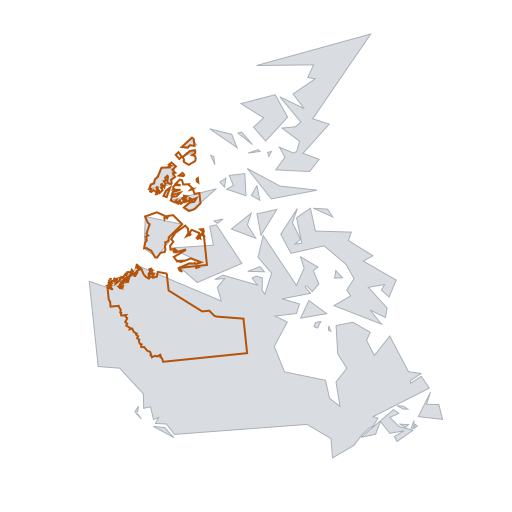 where Northwest Territories sits in Canada, rotated 354°
{"feature_id": "CAN-635", "entity_name": "Northwest Territories", "entity_type": "Territory", "adm_level": 1, "iso_a3": "CAN", "parent_name": "Canada", "parent_adm1": "", "projection": "mercator", "projection_center": [-123.126, 69.383], "detail": "fine", "context": "in_parent", "style": "outline", "palette": "amber", "viewbox_px": 512, "rotation_deg": 354, "n_neighbors": 0, "source": "natural_earth", "source_scale": "10m", "svg_char_len": 9861}
<svg xmlns="http://www.w3.org/2000/svg" viewBox="0 0 512 512"><g transform="rotate(354 256 256)"><path d="M129.6,381.4L108.7,353.3L87.5,349.4L87.5,263.7L109.6,274.1L107.1,269.6L131.5,258.6L119.4,268.0L116.6,272.4L117.5,273.5L137.4,253.3L216.8,297.1L214.2,283.1L222.6,275.1L212.7,275.0L221.0,271.6L254.4,285.1L249.8,277.5L254.6,276.1L260.1,278.6L258.4,290.7L260.8,295.0L269.7,274.8L257.9,257.4L265.3,236.4L293.1,289.5L302.6,273.2L300.2,261.5L316.5,273.5L311.5,276.6L315.6,290.5L308.2,297.3L303.9,291.5L302.7,290.9L301.7,292.1L306.4,298.8L277.5,301.3L294.3,308.3L290.2,317.4L268.8,317.7L280.2,325.0L264.7,347.8L272.2,374.2L312.1,386.9L314.3,405.3L323.8,414.3L322.4,389.6L334.6,377.2L327.0,361.8L328.4,333.5L345.4,332.0L361.6,343.8L357.1,351.5L363.3,367.3L380.7,349.6L395.5,387.0L407.8,390.1L396.4,396.2L396.6,398.7L407.8,392.9L414.5,405.5L355.7,428.0L360.4,430.0L354.7,437.4L351.1,438.7L343.1,444.4L333.5,454.6L311.0,464.8L311.5,445.4L289.2,428.8L156.2,424.9L149.4,413.7L138.5,412.0L142.3,406.4L137.0,408.0L135.3,394.9L128.4,395.8L129.6,381.4ZM296.0,248.2L302.8,248.0L300.4,222.1L315.1,214.2L317.7,237.4L353.3,242.2L349.5,250.3L372.3,268.0L362.2,272.3L392.9,294.6L384.1,310.7L377.2,303.0L380.9,297.8L364.4,298.9L381.0,321.5L378.3,330.7L363.8,321.6L373.7,336.9L328.3,313.5L346.0,305.6L342.7,299.3L351.1,288.7L344.8,273.9L324.8,253.0L291.0,257.0L282.9,236.9L302.1,213.1L295.7,226.6L302.0,244.1L296.0,248.2ZM276.5,66.6L393.3,47.2L326.7,125.5L342.6,132.5L313.4,158.8L328.9,166.5L318.2,177.6L284.6,172.4L295.2,160.8L290.6,150.2L304.1,157.6L307.4,156.3L311.3,146.4L295.2,131.5L308.7,131.6L314.6,127.5L296.4,100.2L319.4,114.5L309.8,98.7L333.3,86.0L326.2,83.9L333.2,71.9L276.5,66.6ZM171.9,239.2L214.7,240.8L213.1,221.5L219.8,220.9L241.2,261.9L194.8,276.2L178.8,259.2L200.1,256.3L171.9,239.2ZM370.6,446.4L362.5,433.6L356.3,445.8L341.5,447.3L376.7,423.2L381.6,427.4L372.2,430.5L380.5,440.5L393.9,445.7L376.9,455.2L374.6,450.0L385.0,445.3L370.6,446.4ZM150.0,205.1L185.7,216.8L157.1,247.2L145.6,236.5L150.0,205.1ZM257.0,102.9L291.9,97.6L302.0,121.2L277.6,142.7L267.0,127.6L278.0,119.4L257.0,102.9ZM256.5,168.1L287.1,188.9L323.6,196.9L277.2,200.8L256.5,168.1ZM177.2,191.6L223.6,185.0L196.7,204.1L189.6,200.5L202.4,192.3L177.2,191.6ZM415.3,409.6L410.1,421.2L422.3,422.9L424.5,438.0L400.7,432.7L415.3,409.6ZM234.3,226.6L255.7,212.9L250.7,224.1L257.6,238.3L234.3,226.6ZM293.8,322.5L304.0,305.9L320.3,320.7L293.8,322.5ZM261.4,214.2L281.6,211.8L263.1,235.9L261.4,214.2ZM185.1,157.7L178.6,175.9L156.9,178.2L171.5,158.7L185.1,157.7ZM253.5,172.9L252.3,195.0L233.9,186.6L240.9,183.5L237.8,173.1L253.5,172.9ZM223.3,124.7L244.6,132.4L248.5,146.3L223.3,124.7ZM136.0,414.7L147.0,417.0L155.4,428.0L136.0,414.7ZM318.0,214.5L332.0,216.9L336.3,225.1L318.0,214.5ZM246.3,270.4L258.8,267.0L262.8,272.6L246.3,270.4ZM264.3,186.2L265.6,201.0L257.7,195.2L264.3,186.2ZM254.7,131.3L264.1,144.8L251.0,131.9L254.7,131.3ZM333.8,278.8L339.7,286.7L331.9,286.2L333.8,278.8ZM197.5,146.1L207.8,145.2L193.7,149.7L197.5,146.1ZM227.1,215.8L221.0,219.5L218.0,216.7L227.1,215.8ZM396.0,436.2L395.1,443.2L396.8,440.1L398.6,442.0L395.3,444.1L392.3,443.4L396.0,436.2ZM203.0,132.3L208.8,139.3L193.7,140.0L203.0,132.3ZM391.0,424.3L386.2,423.5L380.7,419.6L386.9,420.7L391.0,424.3ZM313.6,327.9L309.7,334.1L306.3,332.4L308.3,328.4L313.6,327.9ZM119.2,398.5L123.3,393.1L122.0,398.7L119.2,398.5ZM258.9,152.9L269.2,150.4L271.0,152.4L258.9,152.9ZM234.2,175.5L231.9,184.1L227.8,178.6L234.2,175.5ZM381.0,438.0L383.8,438.7L390.1,439.5L387.2,442.0L381.0,438.0ZM321.2,333.0L322.5,338.7L320.3,337.3L321.2,333.0ZM177.5,178.8L172.5,187.8L170.3,186.3L177.5,178.8ZM282.3,153.6L279.2,158.3L278.4,154.3L282.3,153.6ZM224.4,152.7L224.7,160.8L221.4,151.2L224.4,152.7ZM119.9,399.6L122.1,401.2L125.0,405.8L119.9,399.6Z" fill="#d9dde1" stroke="#a8b0b8" stroke-width="1"/><path d="M105.0,271.7L110.0,274.4L108.6,272.4L109.2,272.5L106.7,271.3L108.6,270.4L107.0,269.8L106.8,268.4L109.0,269.7L107.3,267.6L109.9,267.9L109.5,266.3L109.9,265.6L112.6,266.0L112.1,265.2L112.8,263.8L112.5,262.8L113.9,264.9L115.3,264.8L113.5,267.8L113.2,269.1L118.0,266.1L118.6,263.6L120.0,263.9L120.8,263.3L119.6,263.4L119.9,262.7L121.5,263.3L124.3,260.2L125.1,261.8L126.3,258.6L130.0,259.0L131.0,256.8L132.0,258.5L126.1,264.6L125.7,263.8L122.1,264.9L120.8,268.1L120.4,267.5L120.1,269.0L120.0,267.6L119.1,268.0L118.6,269.4L118.6,270.9L117.8,270.0L116.3,272.4L117.4,273.8L118.5,274.0L116.7,272.4L120.2,272.8L120.5,272.2L119.0,272.3L119.5,271.5L118.7,270.1L120.2,269.2L120.4,268.2L120.2,269.5L120.8,268.2L121.2,269.1L123.1,266.4L122.4,266.1L124.2,266.1L123.9,267.1L124.9,265.3L124.5,267.3L125.3,266.5L124.9,264.4L125.3,266.8L125.4,264.0L125.4,267.3L126.1,264.9L125.7,267.1L126.3,266.6L125.8,268.5L126.1,269.3L126.1,267.8L128.2,263.2L134.0,260.1L133.8,261.5L132.9,261.7L132.9,263.1L133.8,263.3L136.2,260.2L136.1,258.4L139.2,257.3L136.7,255.5L137.4,253.1L140.7,257.0L142.3,262.4L144.1,265.1L147.1,267.3L148.5,265.8L146.5,266.2L148.4,265.5L147.2,264.1L147.4,263.2L149.5,263.0L147.8,261.9L150.3,260.0L148.1,259.8L151.1,259.2L149.8,258.5L150.6,258.0L151.3,259.0L150.6,260.2L151.1,261.4L150.7,262.8L152.6,263.4L150.7,266.4L151.1,266.8L155.1,266.3L156.7,261.6L164.9,264.0L165.4,264.7L165.5,281.2L196.7,305.5L203.8,305.5L208.2,311.0L210.3,312.1L237.0,317.0L237.0,351.7L152.6,351.5L151.9,348.1L150.3,346.4L150.9,345.6L150.4,344.2L147.5,345.6L145.4,344.7L141.8,345.8L141.4,343.4L140.8,343.3L141.2,342.4L140.6,340.2L138.1,339.0L135.3,334.9L132.4,334.6L132.4,332.4L132.9,331.9L131.4,331.2L130.6,328.7L131.2,327.0L129.1,325.3L130.4,323.5L128.5,321.6L129.3,320.7L126.4,318.6L125.3,315.2L122.7,315.7L123.3,314.4L119.7,311.7L120.8,309.8L119.0,308.0L121.4,304.6L119.9,302.3L120.8,301.1L115.9,301.2L115.5,300.2L116.0,298.4L115.1,297.9L115.9,295.4L114.0,291.6L115.0,291.2L106.1,291.2L106.1,286.2L105.0,284.0L105.0,271.7ZM180.9,263.9L178.5,262.4L177.8,259.9L189.1,256.3L196.4,257.6L200.8,256.5L191.0,251.6L185.0,253.2L176.8,252.6L174.1,248.4L184.4,243.7L182.6,243.0L185.6,243.0L187.0,242.1L178.0,243.7L177.3,242.3L177.4,243.9L175.1,243.8L174.5,242.7L176.9,241.7L175.8,240.9L176.8,240.3L171.7,240.8L171.6,237.1L175.3,233.2L173.5,230.3L178.1,224.6L188.8,218.4L191.2,221.7L191.1,226.0L188.9,229.1L192.9,227.4L192.0,228.5L192.3,228.5L193.2,227.6L192.5,226.4L193.3,224.7L194.8,223.3L201.7,227.1L201.4,229.1L199.1,231.6L200.0,231.8L199.6,233.7L201.4,230.3L201.1,231.8L202.4,232.7L202.2,231.1L203.6,229.0L206.3,230.5L206.3,259.8L196.8,259.8L196.1,260.9L197.1,261.3L195.3,261.7L195.2,259.8L179.0,259.8L179.0,261.1L180.9,263.9ZM185.9,216.7L171.2,228.3L170.5,231.9L167.0,233.0L167.4,234.7L166.4,236.7L166.6,240.0L165.6,242.5L161.5,242.8L157.3,247.3L155.5,246.8L152.4,239.9L147.9,236.8L149.0,236.7L145.5,236.7L147.2,231.0L149.0,229.1L148.5,228.2L149.1,227.4L148.4,225.2L150.9,224.4L149.4,222.3L153.6,213.3L151.9,211.7L149.8,205.1L162.0,202.2L169.9,206.8L168.7,208.6L168.9,209.5L170.0,206.9L171.3,207.1L171.6,208.8L171.1,210.1L172.9,206.9L177.9,206.8L185.9,216.7ZM206.3,197.8L200.0,202.9L194.0,204.3L189.3,200.3L195.6,195.9L200.3,195.6L202.8,192.2L197.3,193.9L196.9,193.4L197.4,192.3L196.1,191.5L195.4,194.0L191.4,194.8L192.4,192.8L191.2,192.9L191.7,190.8L191.8,190.6L192.5,190.2L193.6,189.4L190.7,188.5L190.3,192.3L189.0,190.9L188.6,191.4L189.8,193.0L189.3,194.7L187.0,196.2L186.2,192.9L184.6,193.5L185.1,195.1L184.4,196.1L182.4,194.8L183.2,193.8L182.0,194.0L182.4,192.5L180.4,193.9L176.9,191.8L178.7,188.4L183.2,188.4L187.2,185.1L178.6,186.5L179.9,183.7L187.8,182.3L180.5,181.4L181.6,180.7L180.7,179.7L180.9,178.5L182.7,177.1L188.4,177.8L183.6,175.8L188.3,172.0L190.4,173.0L191.1,177.3L197.0,177.6L196.7,178.4L199.7,181.7L197.8,183.3L200.7,182.9L200.2,183.3L201.5,187.8L206.3,187.5L206.3,197.8ZM172.0,178.2L170.0,174.6L169.1,175.0L169.7,178.4L168.8,178.5L170.0,180.8L166.5,183.4L166.1,182.8L166.5,180.8L165.4,180.3L165.5,178.1L164.7,177.2L164.1,178.2L164.4,181.0L163.0,181.8L160.9,179.6L158.7,181.4L157.5,180.7L158.5,178.7L157.7,178.5L158.5,178.1L158.0,177.6L156.4,179.0L158.8,173.9L162.2,173.2L163.5,169.2L166.6,167.1L171.2,158.3L179.4,158.9L178.8,157.9L180.9,157.2L178.9,156.0L181.8,154.2L185.7,158.6L181.8,161.6L184.4,164.8L181.9,165.1L183.8,169.0L179.5,171.4L179.8,174.7L179.0,175.7L175.5,173.8L176.7,167.7L176.2,166.9L173.8,168.7L174.5,171.4L172.1,171.9L173.5,174.8L172.0,178.2ZM206.3,147.5L202.9,148.9L205.9,150.3L206.2,152.7L205.4,155.2L198.7,158.3L194.2,155.0L193.9,153.8L194.5,153.1L193.6,149.7L201.4,144.6L206.3,144.4L206.3,147.5ZM206.3,140.1L201.9,138.9L199.5,141.2L193.5,139.9L204.7,131.6L206.3,133.2L206.3,140.1ZM177.7,179.0L173.3,188.1L170.3,186.6L173.3,181.6L177.7,179.0ZM189.8,144.7L192.6,149.6L189.9,151.5L186.7,147.0L189.8,144.7ZM187.8,168.0L191.6,165.7L193.1,167.8L192.3,168.9L187.8,168.0ZM206.3,226.7L205.3,226.9L205.7,226.2L203.4,223.7L206.3,223.7L206.3,226.7ZM206.3,176.8L204.9,175.6L204.9,173.4L206.3,172.5L206.3,176.8ZM163.1,184.1L164.7,181.7L164.2,184.1L163.1,184.1ZM206.2,227.1L205.9,227.9L205.2,227.7L206.2,227.1ZM197.4,255.8L199.9,256.3L198.3,256.4L197.4,255.8ZM136.4,252.4L137.0,252.8L136.0,253.6L136.4,252.4ZM178.6,253.1L180.0,253.5L178.3,253.3L178.6,253.1ZM105.9,269.6L106.5,269.4L106.7,269.8L105.9,269.6ZM108.4,266.6L109.2,266.5L109.5,267.0L109.4,267.4L108.4,266.6ZM108.7,264.5L108.6,263.7L109.0,263.7L108.7,264.5ZM181.6,253.6L182.9,253.7L181.4,253.9L181.6,253.6ZM206.0,229.2L206.2,229.8L205.3,229.2L206.0,229.2ZM107.3,265.4L108.3,265.9L107.3,265.6L107.3,265.4ZM115.0,264.3L114.3,264.4L115.1,264.2L115.0,264.3ZM194.0,256.5L194.6,256.3L195.0,256.5L194.0,256.5ZM180.4,253.5L181.0,253.3L181.4,253.5L180.4,253.5ZM183.7,253.3L184.0,253.3L183.1,253.5L183.7,253.3ZM180.3,254.0L181.2,254.5L180.2,254.0L180.3,254.0ZM149.0,257.9L148.6,258.5L148.4,258.4L148.5,258.0L149.0,257.9ZM204.3,228.7L204.5,229.0L204.0,228.7L204.3,228.7ZM204.9,228.0L205.3,228.1L204.8,228.2L204.9,228.0ZM204.5,228.4L205.0,228.6L204.4,228.4L204.5,228.4Z" fill="none" stroke="#b45309" stroke-width="2"/></g></svg>